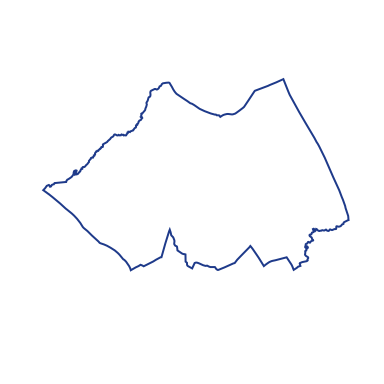 Ham Tan, Bình Thuận, Vietnam, rotated 67°
{"feature_id": "81297802B21171501026834", "entity_name": "Ham Tan", "entity_type": "district", "adm_level": 2, "iso_a3": "VNM", "parent_name": "Vietnam", "parent_adm1": "Bình Thuận", "projection": "mercator", "projection_center": [107.623, 10.744], "detail": "fine", "context": "isolated", "style": "outline", "palette": "blue", "viewbox_px": 384, "rotation_deg": 67, "n_neighbors": 0, "source": "geoboundaries", "source_scale": "gbopen_adm2", "svg_char_len": 5999}
<svg xmlns="http://www.w3.org/2000/svg" viewBox="0 0 384 384"><g transform="rotate(67 192 192)"><path d="M279.0,58.9L275.1,57.6L266.7,56.9L264.8,56.5L258.1,56.1L255.2,56.1L248.0,55.8L233.8,56.2L212.4,56.4L199.8,57.1L196.8,57.4L194.7,57.8L190.0,58.2L172.2,60.6L160.3,62.1L140.7,64.1L137.2,64.1L123.8,63.8L124.0,71.7L123.9,78.8L124.0,80.4L123.4,94.5L123.6,95.0L129.7,104.2L134.0,110.8L134.5,112.3L135.5,116.2L136.5,120.5L136.7,121.6L136.5,123.9L136.2,124.9L134.2,128.4L133.8,129.6L133.4,132.1L133.4,133.8L133.9,136.6L133.0,136.9L132.3,136.9L132.1,137.1L131.4,138.3L131.0,139.3L130.0,139.8L129.7,140.7L127.0,144.1L122.5,148.8L118.4,152.5L113.0,155.9L110.8,157.5L109.6,158.9L106.6,160.7L103.3,162.9L95.6,167.9L94.1,168.4L92.6,168.8L90.2,169.2L87.6,169.4L82.7,170.1L82.1,170.9L81.4,173.0L80.6,176.3L80.9,177.6L81.9,178.8L82.2,179.3L82.1,180.5L83.2,181.7L83.7,182.5L84.0,183.8L83.9,184.4L82.9,185.4L82.6,186.1L82.8,189.9L83.0,190.6L83.6,191.2L84.3,191.6L86.0,192.1L87.3,192.8L87.9,193.7L87.9,194.8L88.1,195.1L90.6,197.1L91.9,198.9L92.4,199.2L93.8,199.4L95.6,200.8L96.9,202.2L98.1,203.0L98.5,203.5L99.5,205.6L99.9,206.2L100.0,207.5L100.1,208.0L100.9,208.0L101.3,208.7L101.7,208.9L102.9,209.0L103.0,209.8L103.3,209.7L103.6,208.9L104.2,208.8L104.5,208.9L104.7,209.6L105.3,210.3L105.7,211.0L105.7,212.4L106.2,213.4L106.5,213.8L107.1,214.1L107.5,214.5L107.9,215.2L107.9,215.7L108.0,215.9L108.6,215.9L108.8,216.1L108.9,216.6L108.7,217.3L108.8,217.5L109.2,217.8L110.2,218.0L110.5,218.3L110.7,218.6L110.7,219.3L111.0,220.2L111.4,220.7L111.7,221.4L112.3,222.0L112.1,222.5L112.3,223.6L112.1,224.9L112.6,225.7L111.7,226.8L111.6,227.0L112.1,227.4L112.0,227.8L112.0,228.1L112.8,228.3L112.9,228.9L113.3,229.4L113.4,229.8L114.1,230.4L114.1,230.7L113.5,231.9L113.1,232.3L113.1,232.8L112.5,232.9L112.3,233.6L111.5,234.4L111.6,234.9L111.9,235.2L112.0,235.4L111.8,235.7L111.6,236.5L111.0,236.9L110.7,237.3L111.0,237.8L111.0,238.1L110.6,238.9L109.7,239.6L108.9,240.4L108.8,241.0L109.1,241.6L109.9,242.6L110.2,243.5L110.2,244.3L110.4,245.3L111.4,246.9L111.5,247.6L111.8,248.2L112.1,249.3L112.8,250.6L113.1,252.8L113.1,253.4L113.4,255.4L113.5,255.5L114.2,255.6L114.7,256.0L115.4,256.3L115.7,256.7L115.6,257.0L115.2,257.6L115.2,257.9L115.4,258.2L116.0,258.6L116.1,259.2L116.4,259.5L116.2,259.9L116.3,260.1L116.6,260.4L116.7,261.1L117.0,261.5L117.1,261.8L117.5,262.2L117.4,262.5L117.0,262.9L117.0,263.2L117.5,263.8L117.3,264.4L117.8,264.8L118.0,265.6L118.4,265.9L118.6,266.2L119.0,266.4L119.5,266.5L119.8,267.2L120.2,267.4L120.0,268.1L120.8,268.5L121.1,269.3L121.6,269.6L121.7,269.8L121.6,270.0L121.2,270.2L121.3,271.8L122.1,272.4L122.3,273.3L122.7,273.8L123.1,274.7L124.2,275.2L124.7,276.3L125.4,277.4L125.9,279.0L126.7,280.4L126.8,280.8L126.9,281.3L126.6,281.9L126.4,282.7L126.5,283.0L127.6,283.8L127.1,284.3L127.1,284.5L127.9,285.0L128.0,285.6L128.7,286.4L129.3,286.8L129.4,287.6L129.9,288.0L130.2,289.3L130.7,289.8L130.6,290.5L130.8,291.2L130.6,291.4L130.3,291.7L130.3,292.5L130.0,292.3L129.1,292.3L129.1,292.1L129.3,291.7L129.2,291.4L128.3,291.1L127.9,290.4L127.2,289.9L126.7,290.4L126.6,291.8L126.7,292.3L127.2,292.8L128.0,293.4L129.5,294.2L130.7,296.2L131.1,297.0L131.4,298.3L131.9,300.8L131.9,301.8L132.5,303.0L133.6,303.9L130.1,315.0L130.5,315.4L130.6,315.8L130.9,316.2L130.7,316.7L130.8,317.4L130.7,318.1L131.1,319.0L131.5,319.2L131.8,319.7L131.7,320.6L130.0,320.8L129.6,321.0L129.6,323.3L131.1,325.7L132.2,328.2L138.9,324.2L142.4,322.3L151.2,317.8L157.8,314.8L164.7,311.1L167.6,309.8L171.7,308.3L176.9,306.9L181.5,306.2L182.9,305.7L187.1,303.5L193.0,301.1L201.3,297.3L202.2,297.1L202.8,296.8L203.4,296.3L205.9,293.5L208.2,291.3L211.4,288.8L215.6,285.9L219.0,284.2L221.2,283.3L226.3,281.8L227.2,281.5L227.9,280.9L229.1,280.4L230.4,279.9L235.8,278.8L238.4,278.7L240.1,278.9L239.4,273.2L239.3,270.1L238.9,267.8L240.4,266.3L241.5,265.5L240.8,254.7L240.3,251.7L239.8,246.4L240.1,245.6L229.0,236.7L219.2,228.4L218.0,227.2L220.6,227.4L223.8,228.0L226.1,227.1L226.9,227.0L229.5,227.1L230.5,227.4L232.7,228.6L233.1,228.7L234.6,228.5L235.2,228.1L236.0,227.3L236.5,227.2L237.0,227.3L240.1,228.2L244.9,225.1L245.8,224.1L246.4,223.0L246.9,222.4L253.6,225.1L255.1,224.3L257.2,225.0L257.9,225.0L258.6,224.7L262.4,221.7L258.4,217.3L258.5,216.0L258.9,215.1L260.1,213.7L263.7,210.4L264.6,209.3L265.3,208.4L265.5,207.9L265.6,207.1L265.9,206.6L266.9,205.9L268.3,204.4L270.0,200.4L270.3,200.1L271.9,199.9L273.0,199.4L273.8,198.8L274.0,198.3L274.1,191.6L273.9,181.8L274.1,180.5L272.0,176.8L270.0,172.1L265.3,160.8L264.5,159.4L265.4,159.1L268.1,158.4L274.5,157.1L278.6,156.3L288.3,154.8L287.7,152.8L287.1,150.2L286.7,148.1L286.7,145.8L286.9,144.5L287.4,142.0L289.1,130.4L297.7,128.8L299.9,128.7L302.2,128.8L303.4,128.8L302.8,125.3L302.2,123.4L302.4,121.1L299.9,120.8L299.6,120.4L299.6,117.9L300.5,113.4L300.2,112.3L299.3,112.2L298.4,111.0L298.1,110.8L297.7,110.7L296.9,110.9L296.0,111.7L295.5,112.0L294.5,112.4L293.7,112.4L292.3,111.5L290.7,110.9L290.5,110.6L290.5,109.7L290.3,109.5L289.8,109.4L289.4,109.1L288.7,107.3L288.3,107.0L287.8,107.0L287.3,107.2L287.0,107.3L286.7,107.7L286.7,108.0L287.0,108.4L287.4,108.6L287.6,108.9L287.6,109.2L287.2,109.4L286.3,109.0L285.9,108.5L284.5,107.7L284.3,107.1L284.4,106.2L284.3,105.9L283.4,104.8L283.4,104.4L283.7,104.1L284.7,103.3L284.7,103.0L284.2,102.4L283.9,101.8L283.8,100.8L284.0,99.7L283.9,99.4L283.4,99.3L282.1,99.9L281.1,99.6L280.5,99.7L278.7,100.8L278.1,100.8L277.6,100.7L277.3,99.9L277.6,98.7L276.3,97.5L276.4,96.1L276.4,95.8L276.1,95.6L275.3,95.3L273.4,95.2L273.3,94.5L273.5,94.2L276.0,93.8L275.9,93.5L274.5,92.2L275.1,91.6L276.3,91.3L277.4,90.4L277.7,89.9L277.7,89.1L278.1,88.3L278.0,87.1L278.9,85.8L279.2,84.9L278.9,83.7L279.0,83.3L280.4,82.7L281.1,81.8L281.2,81.3L280.9,80.6L280.4,79.9L280.4,79.5L281.7,78.1L281.8,77.8L281.8,75.4L282.3,74.1L282.3,73.8L282.1,73.6L280.3,72.7L280.1,72.5L280.1,72.1L281.2,70.6L281.4,70.0L281.5,68.6L281.3,68.0L280.5,66.5L280.5,65.9L280.6,65.4L280.6,65.1L279.5,64.4L279.2,63.7L278.9,59.3L279.0,58.9Z" fill="none" stroke="#1e3a8a" stroke-width="2"/></g></svg>